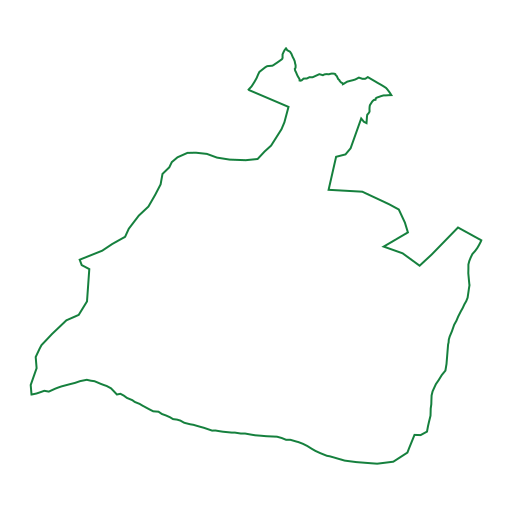 outline of Ngor-Okpala, Imo, Nigeria
{"feature_id": "59680162B61451583552190", "entity_name": "Ngor-Okpala", "entity_type": "district", "adm_level": 2, "iso_a3": "NGA", "parent_name": "Nigeria", "parent_adm1": "Imo", "projection": "orthographic", "projection_center": [7.178, 5.331], "detail": "fine", "context": "isolated", "style": "outline", "palette": "green", "viewbox_px": 512, "rotation_deg": 0, "n_neighbors": 0, "source": "geoboundaries", "source_scale": "gbopen_adm2", "svg_char_len": 3824}
<svg xmlns="http://www.w3.org/2000/svg" viewBox="0 0 512 512"><path d="M427.0,431.6L428.0,426.2L429.0,421.8L430.5,415.7L430.6,412.6L430.7,408.6L431.3,404.2L431.4,400.3L431.6,395.4L432.6,391.3L435.9,384.1L438.6,380.2L441.8,375.0L445.4,370.6L446.5,364.0L448.1,344.4L448.6,342.4L448.8,339.6L449.7,336.5L451.9,331.3L454.2,324.7L456.4,320.8L458.2,316.5L460.9,311.2L462.6,308.2L463.4,306.5L464.4,304.3L466.2,301.2L467.6,297.7L468.5,291.6L469.0,288.1L469.5,285.1L469.4,285.0L469.0,280.9L468.3,273.3L468.4,268.4L468.4,264.5L469.3,261.0L470.7,257.5L472.4,254.0L475.1,251.0L477.3,248.0L479.1,244.9L480.9,241.4L481.3,240.3L458.0,227.5L431.6,254.6L419.6,265.7L402.6,253.3L383.7,246.6L407.9,232.4L404.9,222.6L398.8,209.5L389.4,204.4L362.3,191.7L328.6,189.8L336.1,156.8L345.5,154.4L350.6,148.3L361.2,118.5L363.9,121.8L366.5,123.1L367.0,116.3L367.3,114.6L367.7,114.2L368.4,113.5L369.4,111.9L369.6,111.1L369.5,110.4L369.5,108.9L369.5,108.2L369.7,106.1L370.0,105.0L371.1,103.3L372.1,101.7L372.9,100.8L374.0,99.9L375.5,99.8L375.8,98.3L377.1,97.5L379.2,96.8L381.1,96.1L383.6,95.4L385.8,95.4L388.5,95.2L391.3,95.1L390.5,93.8L389.6,92.4L387.1,89.1L386.0,87.9L383.7,86.4L381.4,85.0L377.3,82.7L376.0,81.9L367.8,77.1L366.9,77.7L366.0,78.3L365.4,78.7L364.7,78.8L363.2,78.8L362.3,78.8L361.3,78.4L360.3,78.1L358.9,77.6L358.1,78.0L356.8,78.7L355.2,79.5L352.9,80.2L350.4,80.8L349.3,81.1L348.2,81.4L347.3,81.6L345.8,82.5L344.5,83.3L343.4,84.0L342.9,84.2L342.9,83.5L342.4,83.1L341.7,82.8L341.0,82.4L340.6,82.0L340.1,81.3L339.6,80.8L339.3,80.0L338.2,79.1L337.8,78.2L337.3,77.3L337.0,76.4L336.3,75.6L335.8,75.2L335.5,74.9L335.3,74.1L334.6,73.8L333.9,73.7L333.2,73.6L332.1,73.6L331.4,73.6L330.7,73.8L330.1,73.9L328.9,74.3L326.5,74.1L324.4,74.4L322.9,75.2L321.2,74.7L319.3,74.2L318.0,74.8L313.2,77.0L312.2,77.3L309.5,77.2L306.8,78.5L303.6,78.6L301.7,80.3L300.6,80.7L299.6,80.5L299.6,79.4L299.0,78.2L298.4,77.3L297.5,75.7L296.9,74.4L296.5,73.4L296.0,72.2L295.2,70.7L294.8,68.9L295.3,68.3L295.6,67.3L295.6,65.2L295.1,63.4L294.7,61.2L293.7,58.8L292.8,57.2L291.4,53.8L290.0,51.7L287.2,50.2L286.4,48.9L286.0,48.3L285.8,48.4L285.7,48.8L284.6,50.1L283.6,52.0L282.6,54.3L282.5,54.9L282.6,55.7L282.5,56.9L282.6,57.7L282.3,58.7L281.8,59.3L278.6,61.6L276.6,63.0L274.9,64.1L273.8,64.9L272.4,65.7L267.6,66.1L266.7,66.4L265.1,67.4L259.4,71.9L258.2,74.3L256.6,78.1L254.5,81.8L252.8,84.5L251.5,86.5L249.2,88.9L248.6,89.6L249.1,90.1L288.5,106.9L284.4,122.3L281.5,129.2L271.1,145.6L264.7,151.4L257.6,159.0L245.7,160.2L229.6,159.6L217.0,157.6L206.9,153.9L195.8,152.7L187.4,152.9L177.5,157.3L171.8,162.1L169.3,167.3L162.5,173.9L160.6,184.4L155.2,194.8L148.4,206.6L138.8,215.6L128.8,228.7L125.1,236.8L112.4,243.9L102.2,250.7L79.7,259.7L81.7,265.1L89.3,269.1L87.0,301.4L78.7,314.9L66.4,320.3L52.2,333.8L41.5,345.1L39.7,348.5L35.7,357.0L36.6,368.2L30.7,385.0L31.5,394.5L31.8,394.5L36.5,393.5L39.5,392.5L44.3,390.8L48.8,391.6L55.4,388.6L58.3,387.5L61.5,386.4L69.8,384.2L75.0,382.9L80.2,381.1L86.8,379.8L90.8,380.7L94.5,381.2L97.6,382.5L100.6,383.8L103.8,385.0L106.7,386.0L111.0,388.3L113.8,391.2L116.9,394.5L120.4,393.8L123.8,395.6L126.9,397.9L132.4,400.2L134.0,401.4L134.9,402.0L139.6,403.9L142.6,405.7L149.1,409.2L153.2,411.3L158.5,411.7L161.9,414.0L165.8,415.4L170.1,417.3L173.0,419.1L177.0,419.6L180.4,420.6L183.9,422.6L185.1,423.0L190.3,424.3L193.4,424.8L196.4,425.7L200.6,426.9L203.9,427.8L212.1,430.6L215.4,430.5L218.9,431.1L222.8,431.7L231.8,432.6L232.6,432.6L234.9,432.6L240.6,433.5L244.9,433.5L251.0,434.6L255.3,435.3L260.7,435.7L266.1,436.2L277.0,436.7L281.7,438.0L286.1,439.8L290.4,439.8L296.9,441.7L298.2,442.0L302.9,443.8L307.3,446.0L311.6,448.7L315.4,450.9L320.2,453.1L326.9,455.8L329.8,456.3L344.7,460.6L356.3,462.1L371.7,463.3L377.2,463.7L393.3,461.7L407.4,452.6L409.1,448.2L414.5,434.9L420.6,435.1L427.0,431.6Z" fill="none" stroke="#15803d" stroke-width="2"/></svg>